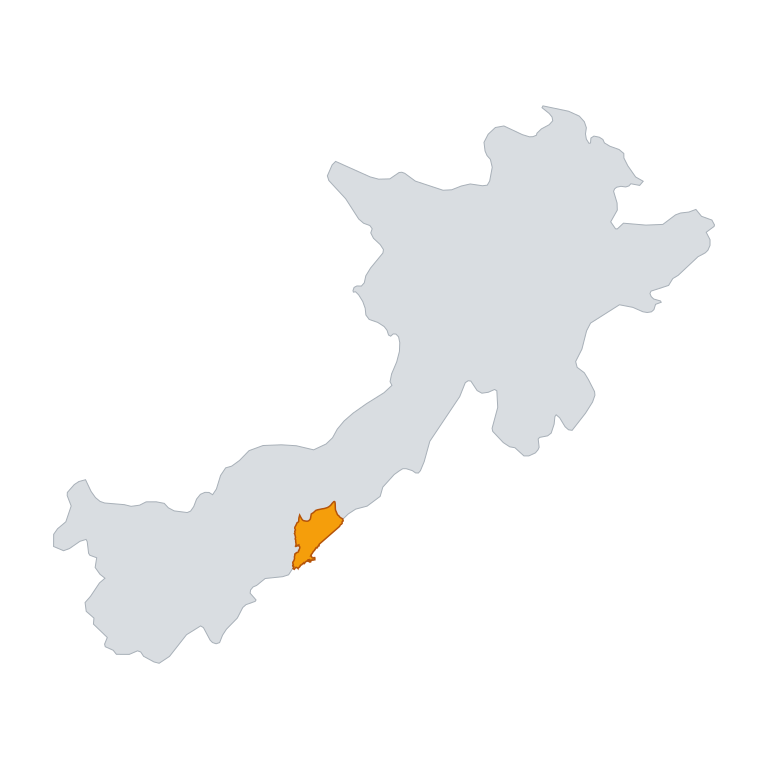 Bualapha, Khammouan, Laos shown in context, rotated 89°
{"feature_id": "54806243B82377713639337", "entity_name": "Bualapha", "entity_type": "district", "adm_level": 2, "iso_a3": "LAO", "parent_name": "Laos", "parent_adm1": "Khammouan", "projection": "albers", "projection_center": [106.234, 17.341], "detail": "fine", "context": "in_parent", "style": "filled", "palette": "amber", "viewbox_px": 768, "rotation_deg": 89, "n_neighbors": 0, "source": "geoboundaries", "source_scale": "gbopen_adm2", "svg_char_len": 8590}
<svg xmlns="http://www.w3.org/2000/svg" viewBox="0 0 768 768"><g transform="rotate(89 384 384)"><path d="M258.4,60.4L262.2,67.8L280.5,88.0L283.6,93.4L290.4,97.7L295.8,115.4L298.2,116.5L301.3,115.3L303.7,112.9L305.8,106.1L307.1,105.4L309.1,111.1L314.3,112.8L316.5,115.3L317.1,119.6L316.3,123.9L311.7,133.9L308.9,147.2L326.7,176.4L334.3,180.5L352.6,185.5L364.9,192.0L370.7,190.6L376.3,183.5L383.0,179.6L395.3,173.6L398.9,173.3L405.7,175.8L416.8,183.1L433.6,196.7L433.0,200.3L429.9,203.7L420.8,209.0L417.8,212.4L419.6,213.7L427.1,214.6L436.0,217.7L438.7,221.3L440.1,229.3L441.7,230.8L450.0,230.0L452.5,231.2L455.5,233.8L458.4,240.4L458.3,245.4L450.0,254.2L449.0,259.4L444.7,265.7L433.3,276.1L430.2,276.7L409.4,270.7L392.8,271.3L391.4,273.5L394.1,279.9L394.9,286.3L392.2,291.0L382.6,297.1L382.2,299.8L384.1,302.7L397.9,308.5L442.1,339.2L462.4,345.2L471.3,349.1L473.6,351.2L473.5,353.9L471.1,357.2L469.1,363.2L469.0,366.7L471.1,370.2L474.7,375.4L487.1,387.0L496.3,389.8L505.8,403.0L508.6,414.5L513.3,422.0L536.5,447.0L555.9,462.4L567.5,479.0L573.1,482.7L574.9,488.7L576.4,506.2L583.2,514.9L584.6,518.4L587.6,521.0L590.8,521.5L597.7,515.7L599.1,516.6L602.2,525.8L605.0,529.1L615.4,534.7L626.4,545.8L632.3,549.8L639.7,552.9L640.8,556.4L639.5,560.0L637.1,562.3L624.4,568.8L622.7,571.6L631.2,585.8L652.6,603.2L659.3,613.7L657.9,618.8L652.1,629.1L647.7,631.9L646.5,635.1L649.9,643.4L649.6,656.3L645.5,659.4L641.8,667.3L639.2,667.9L632.6,665.1L619.0,678.7L613.0,678.1L606.1,685.7L597.3,686.7L591.1,681.1L578.0,672.0L573.3,666.4L569.3,671.3L562.4,676.0L552.7,674.3L550.1,681.1L548.1,682.3L536.4,683.5L534.2,684.6L536.0,690.8L543.0,701.3L545.1,707.3L540.7,717.2L528.5,716.9L523.0,712.9L516.2,704.5L500.5,698.9L490.1,702.7L486.9,702.5L479.1,695.4L476.2,690.8L474.5,684.1L486.4,678.7L492.5,674.5L496.4,670.0L498.1,665.4L500.1,645.8L501.9,639.0L500.9,630.5L497.7,623.9L497.8,613.9L499.5,605.8L504.0,601.8L507.2,596.0L509.1,583.0L507.7,579.6L503.3,576.4L495.8,573.4L491.1,569.5L489.2,564.9L489.4,560.8L491.7,557.3L486.1,553.4L472.6,549.0L465.1,543.8L463.5,537.8L458.0,529.9L448.3,520.1L443.4,506.0L443.0,487.7L444.2,472.8L448.6,455.5L443.0,443.0L436.9,436.4L428.3,431.5L420.2,424.5L412.5,415.3L403.4,401.9L392.7,384.1L385.5,376.1L381.8,377.9L374.0,376.2L362.1,370.9L351.7,368.0L342.9,367.5L337.1,368.6L334.3,371.2L334.1,373.9L336.3,376.5L335.1,378.6L330.4,380.0L326.6,382.8L322.3,389.2L319.2,397.7L314.7,400.9L307.9,401.5L301.1,403.8L294.4,407.8L291.3,410.8L291.6,413.0L290.1,413.4L286.9,412.2L285.5,409.4L285.7,404.9L282.4,401.9L275.5,400.3L267.8,395.4L253.0,382.8L249.6,382.2L244.6,385.3L238.1,392.0L232.7,394.6L228.6,393.1L225.3,395.4L222.9,401.6L218.6,406.4L198.1,419.1L179.6,435.6L174.9,437.0L164.0,432.0L160.6,428.5L176.7,394.2L179.1,385.8L179.0,374.6L172.8,365.2L172.6,362.5L173.7,359.6L181.7,349.1L191.3,321.6L191.0,312.9L187.4,303.3L185.5,294.3L187.5,282.1L187.0,277.3L182.9,274.8L169.2,272.0L161.3,273.7L157.4,277.0L152.8,278.9L144.1,279.8L136.1,275.5L129.5,268.2L128.1,259.6L137.1,241.3L139.4,234.2L139.3,230.8L137.9,227.2L135.9,226.7L131.7,222.2L127.7,214.4L123.8,210.7L120.0,211.3L116.4,214.1L110.5,221.2L108.7,220.2L114.5,194.7L119.6,184.0L125.3,179.1L131.3,177.2L137.5,178.2L142.7,177.4L147.0,174.8L146.6,173.3L141.7,172.8L139.8,169.8L141.0,164.4L143.3,160.9L146.8,159.4L150.2,154.0L153.7,144.8L157.7,140.2L162.2,140.2L170.1,136.4L181.4,128.8L185.8,121.3L189.9,124.9L188.1,133.7L190.2,135.6L191.2,138.8L190.5,143.7L191.3,147.9L192.9,150.0L195.3,151.1L207.1,147.8L214.2,147.7L225.8,154.5L232.9,149.8L233.0,148.0L227.4,141.8L229.7,119.4L229.3,102.4L220.0,89.6L218.2,84.5L217.4,76.2L214.9,69.1L221.9,63.6L225.8,53.3L230.7,50.8L232.2,51.2L237.9,59.2L245.4,55.5L251.1,55.6L255.9,57.8L258.4,60.4Z" fill="#d9dde1" stroke="#a8b0b8" stroke-width="1"/><path d="M567.5,477.4L567.3,476.9L567.5,476.7L567.0,476.5L566.7,476.3L566.6,476.1L566.4,475.8L566.0,475.6L565.8,475.2L565.8,474.9L566.0,474.6L566.1,474.3L566.5,473.9L566.6,473.6L566.6,473.4L566.7,473.2L566.9,473.1L566.3,472.9L566.3,472.7L566.2,472.5L566.1,472.3L565.6,471.9L565.5,471.7L565.3,471.7L565.1,471.5L564.9,471.1L564.4,471.1L564.1,470.8L563.9,470.8L563.6,470.6L563.6,470.4L563.6,470.2L563.5,469.8L563.4,469.5L563.1,469.2L562.8,469.0L562.7,468.9L562.3,468.7L562.4,468.4L562.3,468.1L562.2,468.0L562.1,467.9L561.8,467.8L561.7,467.7L561.8,467.7L561.9,467.4L562.2,467.2L562.3,467.0L562.3,466.9L562.2,466.8L561.8,466.6L561.7,466.4L561.4,466.2L561.2,466.2L560.6,465.6L560.5,465.4L560.1,465.1L560.1,464.9L560.0,464.7L559.7,464.3L559.8,464.2L560.0,464.0L560.0,463.9L560.3,463.9L560.1,463.8L559.5,463.5L559.4,463.4L559.2,463.4L558.8,463.3L558.7,463.2L558.4,463.0L558.4,462.9L558.6,462.9L558.7,462.7L558.8,462.5L558.7,462.3L559.0,462.4L559.2,462.1L559.5,462.3L559.8,462.3L559.9,462.5L560.0,462.5L560.1,462.3L560.1,462.1L560.3,462.0L560.3,461.9L560.5,461.6L560.7,461.3L560.6,461.2L560.6,460.9L560.4,461.0L560.3,460.9L560.2,460.9L560.0,460.7L559.7,460.8L559.4,460.9L559.2,460.6L558.8,460.7L558.8,460.4L559.1,460.4L559.4,460.3L559.5,460.2L559.6,459.9L559.3,459.7L559.2,459.5L558.8,459.6L558.8,459.2L558.6,459.3L558.7,459.2L558.6,458.6L558.7,458.4L558.8,458.2L558.7,458.1L558.8,457.7L558.7,457.5L558.7,457.2L558.6,456.9L558.6,456.7L558.5,456.3L558.2,456.5L557.9,456.3L557.7,456.3L557.5,456.2L557.3,456.3L557.1,456.2L556.7,456.3L556.4,456.3L556.4,456.8L556.3,457.0L556.6,457.6L556.8,457.7L556.7,458.2L556.6,458.5L556.4,458.9L555.9,459.0L555.7,459.3L555.4,459.5L555.0,459.6L554.9,459.6L554.7,459.7L554.6,459.8L554.6,460.2L554.6,460.3L554.4,460.2L554.3,459.9L554.1,459.8L553.6,459.8L553.4,459.8L553.3,459.7L553.2,459.7L553.0,459.4L552.7,459.3L552.6,459.1L552.4,459.0L551.9,458.6L551.6,458.4L551.4,458.2L551.0,458.1L550.8,458.0L550.6,457.9L550.5,457.7L550.4,457.7L550.0,457.5L550.0,457.3L549.9,457.2L549.6,456.9L549.4,456.6L549.2,456.4L548.7,456.1L548.3,456.2L548.1,456.0L548.2,455.8L548.0,455.6L547.7,455.5L547.5,455.3L547.3,455.2L547.1,455.1L546.8,455.1L546.7,454.9L546.6,454.7L546.8,454.6L546.5,454.3L546.6,454.2L546.6,453.9L546.4,454.0L546.4,453.9L546.1,453.7L546.0,453.3L545.9,453.2L545.7,453.1L545.4,452.9L545.2,452.9L544.9,452.5L544.6,452.3L544.4,452.3L544.1,452.0L544.2,451.8L543.7,451.9L543.5,451.6L543.4,451.6L543.2,451.5L543.0,451.4L542.9,451.4L525.6,430.9L524.7,430.5L524.1,430.1L523.4,429.0L522.7,428.3L521.2,428.3L520.7,428.1L520.4,427.6L520.2,427.2L519.5,427.3L519.0,427.5L518.7,427.7L518.2,427.6L517.0,429.6L516.5,430.3L515.8,430.9L515.2,431.3L514.8,431.7L514.2,432.5L513.4,433.0L510.8,434.0L510.2,434.3L509.4,434.6L508.3,434.8L502.8,434.9L501.3,435.1L501.1,435.1L500.7,435.6L500.6,435.8L500.8,436.3L502.5,438.0L503.7,438.9L504.9,440.1L505.4,440.8L505.9,441.5L506.4,442.5L506.6,442.9L507.4,445.7L507.5,446.2L507.8,448.4L508.1,449.8L508.5,452.0L508.7,452.9L508.9,453.3L509.0,454.0L509.3,454.5L511.4,456.9L512.7,459.0L514.9,459.4L517.3,459.9L517.9,460.1L518.1,460.3L518.6,460.7L519.3,461.6L519.5,461.9L519.6,462.2L519.8,462.9L519.8,463.5L519.8,464.0L519.7,464.6L519.3,466.5L519.2,466.9L519.0,467.3L518.5,467.8L518.0,468.3L515.1,469.9L513.6,470.6L514.2,470.8L515.2,471.0L515.5,471.2L516.0,471.3L516.3,471.4L517.9,471.6L520.0,471.7L520.6,472.2L521.1,473.3L521.6,473.5L523.2,474.3L523.9,474.6L525.4,475.5L525.9,475.7L527.0,475.7L527.7,475.3L528.5,475.1L528.8,475.4L529.3,475.6L529.8,475.8L530.1,475.8L530.6,475.6L531.0,475.6L531.4,475.7L531.8,476.1L532.0,476.2L532.6,475.8L532.9,475.7L533.6,475.6L534.5,475.3L535.1,475.3L536.0,475.1L537.1,475.5L537.6,475.5L537.9,475.2L538.3,475.0L538.6,475.0L539.5,475.1L539.8,475.1L540.0,475.0L541.0,475.0L541.6,474.8L541.8,474.8L542.3,474.8L543.4,474.8L544.2,475.0L544.5,475.2L544.6,475.3L544.8,475.1L544.7,475.0L544.8,474.7L544.7,474.5L544.3,474.4L544.2,474.3L544.2,474.2L544.1,473.9L543.9,473.8L543.8,473.7L543.7,473.3L543.8,473.2L544.0,473.1L544.1,473.3L544.3,473.2L544.2,472.8L544.0,472.5L544.0,472.2L543.8,472.2L543.7,472.3L543.5,472.2L543.3,471.9L543.6,471.8L543.8,471.8L544.4,471.9L544.5,471.9L545.0,471.3L545.3,471.1L546.1,471.0L546.4,471.1L546.9,471.2L547.4,471.4L548.6,471.8L548.8,471.9L548.9,472.0L548.9,472.3L549.6,472.3L549.8,472.4L550.7,472.9L550.8,473.1L550.9,473.7L550.9,474.0L551.1,474.4L551.4,474.6L551.4,474.9L552.1,475.3L552.2,475.9L552.5,475.9L553.0,476.2L553.7,476.1L554.4,476.4L555.3,476.6L555.7,476.6L556.3,476.5L556.7,476.5L556.9,476.5L557.6,476.7L557.9,476.8L559.1,477.2L559.9,477.8L560.5,478.2L560.9,478.3L561.2,478.3L561.5,478.3L562.2,478.2L562.4,478.1L562.7,477.8L562.9,477.8L563.6,478.4L564.2,478.5L564.5,478.4L564.6,478.1L564.5,477.7L564.9,477.4L565.2,477.5L565.6,477.7L566.1,477.8L566.8,478.2L567.0,478.0L567.5,477.4Z" fill="#f59e0b" stroke="#b45309" stroke-width="1.5"/></g></svg>